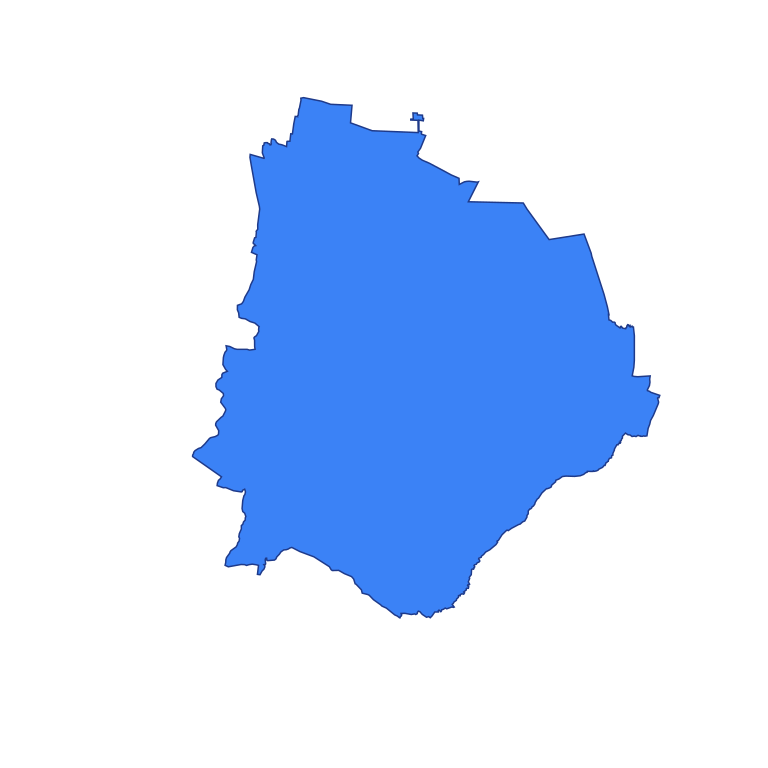 Danesti, Gorj, Romania, rotated 36°
{"feature_id": "2599482B18073944252707", "entity_name": "Danesti", "entity_type": "district", "adm_level": 2, "iso_a3": "ROU", "parent_name": "Romania", "parent_adm1": "Gorj", "projection": "natural_earth1", "projection_center": [23.35, 44.955], "detail": "fine", "context": "isolated", "style": "filled", "palette": "blue", "viewbox_px": 768, "rotation_deg": 36, "n_neighbors": 0, "source": "geoboundaries", "source_scale": "gbopen_adm2", "svg_char_len": 6170}
<svg xmlns="http://www.w3.org/2000/svg" viewBox="0 0 768 768"><g transform="rotate(36 384 384)"><path d="M568.8,519.1L569.7,516.5L569.1,515.3L569.6,512.9L568.7,511.4L570.1,510.5L569.5,509.7L570.3,508.0L572.0,507.2L571.9,505.6L570.7,505.5L571.6,502.3L570.9,501.3L570.9,500.8L572.3,499.7L571.7,498.2L570.1,498.0L569.9,497.0L570.9,496.5L571.0,495.7L568.5,494.5L567.6,491.0L566.8,490.5L566.6,489.6L566.7,487.0L563.9,482.6L564.2,481.8L565.2,481.3L565.3,480.5L564.7,480.0L564.9,478.6L563.5,477.9L563.5,477.1L564.6,475.6L564.5,473.8L565.5,472.3L565.6,471.0L564.8,470.3L563.4,470.0L563.1,469.3L564.5,467.0L564.0,466.1L564.8,463.4L565.0,460.2L567.0,456.0L569.0,448.1L568.9,445.3L568.0,444.9L567.8,444.3L568.5,443.5L568.1,436.6L569.2,430.3L569.6,429.8L570.7,429.6L572.0,425.8L575.5,418.6L576.5,417.3L577.2,414.0L578.4,412.1L577.9,407.7L576.9,406.2L577.0,404.3L575.3,401.9L575.4,399.4L576.0,399.0L576.3,397.5L576.0,396.3L576.6,395.0L576.6,392.7L575.9,390.8L575.6,387.0L576.1,385.6L575.8,379.3L577.0,373.1L577.6,372.8L579.1,370.6L579.8,368.9L579.1,367.4L580.3,362.3L579.6,360.9L581.4,358.0L582.7,354.0L585.4,351.5L592.5,346.7L596.7,342.9L598.7,339.7L599.3,337.2L600.2,336.1L599.8,335.2L604.1,332.2L604.4,331.3L605.1,331.4L606.9,329.5L607.8,328.0L607.9,326.6L609.8,323.0L610.0,320.3L610.7,319.9L609.9,317.3L610.4,316.4L610.4,315.4L610.9,314.7L610.3,313.6L610.1,311.7L611.4,310.0L610.3,308.0L611.0,307.0L610.0,305.7L609.2,301.9L608.7,301.4L608.1,296.3L609.1,295.6L608.8,294.8L609.4,293.6L608.9,293.0L609.9,292.8L609.7,292.0L608.7,291.3L609.1,290.3L608.5,288.4L608.7,287.7L607.6,286.1L608.2,281.8L611.1,281.7L613.1,280.6L615.5,280.7L617.2,279.0L618.8,278.4L619.7,276.2L621.2,275.9L621.6,275.4L622.3,275.5L623.9,274.4L624.5,273.4L625.7,272.9L627.2,271.4L623.8,264.7L622.6,260.3L621.1,256.8L620.4,251.2L617.5,238.8L616.8,237.2L613.6,234.6L613.7,233.9L614.5,233.5L613.8,231.1L604.4,234.0L603.4,233.8L601.0,234.5L600.5,233.9L599.7,229.3L598.1,226.2L596.1,223.9L594.6,221.0L585.1,228.9L582.0,230.8L580.0,231.5L576.3,223.6L572.7,217.8L558.2,197.8L552.3,191.3L551.4,191.9L550.7,191.4L549.7,193.2L549.1,193.1L548.7,192.1L548.1,193.0L547.3,192.4L546.3,192.7L546.3,193.1L546.7,193.3L546.3,194.0L547.0,195.7L546.7,196.3L547.0,197.2L544.4,198.5L542.0,197.9L541.6,198.4L542.3,199.5L542.0,199.9L537.2,200.0L536.0,199.6L534.8,198.5L533.9,198.6L532.6,199.6L530.1,199.3L528.3,199.9L524.7,195.8L525.2,195.6L519.4,190.3L509.4,182.2L477.1,158.6L474.7,156.4L457.7,145.1L432.7,170.1L397.0,158.5L390.3,155.7L345.1,187.0L341.5,165.0L340.8,165.9L333.7,169.9L331.9,171.4L330.2,173.2L327.6,178.3L323.8,173.5L315.7,175.3L291.1,178.7L283.5,180.4L279.6,180.6L276.6,180.0L276.4,177.2L275.0,176.5L275.0,171.9L271.7,158.5L267.7,159.8L267.1,159.6L266.1,157.7L263.6,158.8L257.1,150.0L261.1,148.0L260.0,145.9L259.3,146.4L257.1,143.9L252.9,146.6L251.7,145.3L248.1,147.7L251.9,152.4L250.0,154.0L250.5,154.7L256.5,150.7L263.9,160.5L225.5,186.1L203.4,192.4L194.3,177.3L176.4,189.1L167.3,191.9L150.6,199.6L148.7,201.7L150.0,203.1L153.5,210.7L153.6,211.7L156.6,217.1L156.4,218.4L156.8,218.6L154.9,219.7L158.1,226.6L162.9,235.5L161.5,236.4L165.2,242.9L163.0,244.6L163.0,244.9L165.6,249.2L160.7,250.5L157.8,251.8L155.0,251.7L152.9,250.6L150.8,250.7L149.1,251.7L149.3,252.5L150.7,255.1L151.7,256.0L151.9,257.0L151.2,257.6L150.3,257.0L148.8,257.6L148.0,257.2L146.6,258.1L145.4,259.3L146.4,261.5L145.9,262.6L149.7,268.5L154.3,271.6L154.3,272.0L140.8,276.9L142.3,279.4L148.1,285.1L168.1,304.3L178.6,313.4L180.6,315.5L188.2,329.4L190.9,333.0L190.8,335.6L191.7,336.5L194.2,340.7L193.4,341.8L195.0,346.4L195.7,347.2L197.6,347.1L198.0,347.6L198.7,347.6L197.9,348.5L197.7,350.6L199.4,355.4L205.3,354.1L207.7,358.7L209.0,359.9L213.0,369.4L216.8,376.2L217.8,381.9L219.5,387.0L220.4,395.5L221.7,399.9L221.7,402.8L219.2,406.5L221.8,410.2L224.6,411.9L227.6,415.2L230.2,414.6L233.5,412.8L238.9,412.2L243.7,410.6L249.3,411.0L249.4,411.7L250.7,413.9L251.8,415.0L252.4,419.8L251.6,422.1L251.7,423.2L253.6,424.7L257.3,429.7L259.3,431.7L255.3,435.6L252.9,436.4L244.8,442.3L242.3,443.4L237.2,444.3L233.8,445.9L236.6,448.6L236.9,449.6L236.7,451.7L237.6,454.9L238.5,457.0L242.3,463.0L247.3,465.3L249.8,465.8L247.2,470.0L247.3,471.6L248.9,474.0L247.3,478.4L247.7,482.3L249.6,484.9L252.0,486.3L254.3,485.7L259.6,486.1L261.1,487.9L261.1,491.6L262.6,494.7L270.2,497.1L271.1,497.8L271.6,499.0L272.5,504.7L271.8,506.8L270.7,513.0L271.1,514.9L272.0,516.3L277.7,518.9L279.6,521.9L279.6,523.2L278.3,525.8L275.4,529.2L274.8,530.6L274.3,537.8L273.4,543.0L271.8,545.2L270.3,548.9L270.2,551.1L270.8,552.2L271.0,554.0L271.8,555.2L307.1,554.6L307.2,557.2L306.7,559.2L307.5,562.1L308.7,564.3L314.9,562.4L316.9,560.8L325.0,558.8L332.0,555.2L332.5,554.4L332.1,553.1L333.1,551.0L334.5,552.0L335.4,552.8L336.4,555.2L336.4,556.8L338.2,561.3L342.4,568.2L344.7,570.2L347.2,570.4L350.1,572.4L350.4,573.7L351.7,575.7L351.4,578.1L352.2,580.5L351.8,582.4L353.8,585.1L354.9,590.1L356.4,593.0L357.8,593.7L359.1,596.2L359.1,598.7L359.8,600.2L360.1,602.7L358.1,608.8L358.2,610.5L358.6,611.5L358.6,616.9L359.4,619.2L360.8,621.3L362.0,624.1L365.5,623.4L374.5,614.0L377.5,612.0L379.4,611.6L380.9,609.6L383.3,607.2L387.0,605.3L389.1,604.5L393.5,612.4L395.8,611.2L395.3,606.9L395.7,604.5L395.2,602.2L394.5,601.1L393.0,600.7L394.0,599.7L394.0,599.1L391.2,596.0L390.7,594.6L391.4,593.9L392.8,595.4L393.7,595.3L398.9,590.8L399.4,589.1L398.9,586.8L399.4,583.2L399.3,580.5L400.4,577.2L402.4,575.4L403.6,573.7L404.2,572.1L405.5,570.4L414.5,569.0L428.9,565.0L447.2,563.9L450.4,565.3L451.8,565.3L456.9,561.4L463.4,560.7L470.9,558.9L474.1,559.6L478.1,562.6L479.1,562.4L486.7,563.8L489.3,566.0L494.8,563.8L496.3,563.6L502.3,564.7L510.9,564.6L512.8,564.9L517.7,563.9L528.4,564.5L531.2,563.9L534.0,564.0L534.4,563.8L533.9,562.3L534.3,561.8L534.3,561.1L533.7,559.9L532.9,560.0L532.6,559.6L535.8,557.2L541.6,554.4L543.9,552.0L545.2,551.8L545.9,550.2L545.3,549.4L545.3,547.6L546.9,547.1L550.3,547.9L555.5,547.7L556.9,545.9L558.8,545.9L559.2,543.3L559.1,538.6L562.0,536.5L561.2,535.7L561.4,534.6L563.8,534.8L563.9,534.0L563.4,532.8L564.5,531.3L565.2,529.3L566.9,529.0L570.0,524.5L571.5,523.9L571.9,523.2L568.7,522.2L569.0,520.6L568.8,519.1Z" fill="#3b82f6" stroke="#1e3a8a" stroke-width="1.5"/></g></svg>